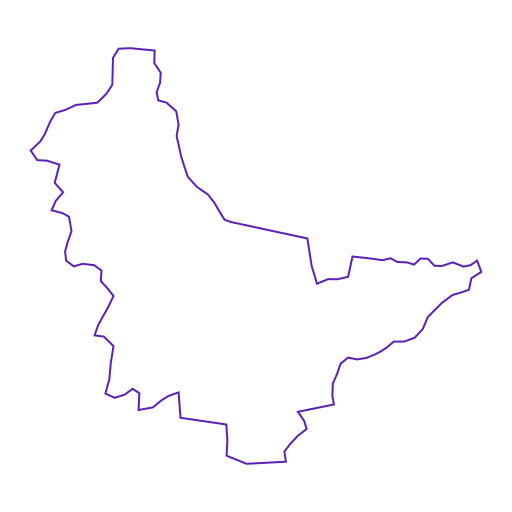 Coqueiro Baixo, Rio Grande do Sul, Brazil
{"feature_id": "56859067B73251776772186", "entity_name": "Coqueiro Baixo", "entity_type": "district", "adm_level": 2, "iso_a3": "BRA", "parent_name": "Brazil", "parent_adm1": "Rio Grande do Sul", "projection": "robinson", "projection_center": [-52.121, -29.161], "detail": "fine", "context": "isolated", "style": "outline", "palette": "violet", "viewbox_px": 512, "rotation_deg": 0, "n_neighbors": 0, "source": "geoboundaries", "source_scale": "gbopen_adm2", "svg_char_len": 1626}
<svg xmlns="http://www.w3.org/2000/svg" viewBox="0 0 512 512"><path d="M154.6,50.5L130.4,48.2L118.6,48.7L113.0,57.9L112.3,84.9L106.1,94.1L97.3,102.7L75.7,105.0L65.4,109.9L55.3,112.9L50.4,121.2L44.7,134.3L40.5,141.2L30.7,150.5L37.3,160.2L46.6,160.6L59.5,164.6L54.7,182.8L63.1,192.3L55.8,200.8L51.6,210.3L62.2,213.0L69.0,216.7L71.5,231.1L67.6,242.4L65.1,251.6L66.1,260.6L73.8,266.4L82.6,263.8L94.2,265.2L101.5,270.6L100.8,281.0L107.7,288.6L113.5,296.0L108.1,307.3L102.0,318.1L98.1,325.3L94.6,335.4L103.9,336.6L113.5,346.1L110.8,362.9L109.3,379.3L105.4,393.6L114.7,397.8L124.6,394.7L132.7,388.8L139.3,393.2L138.6,410.0L152.8,407.4L161.2,400.5L168.2,396.1L178.6,392.4L180.5,417.8L226.3,424.5L227.4,440.3L226.6,455.7L246.6,463.8L285.9,461.7L284.4,451.6L289.8,444.4L297.8,435.8L306.6,429.0L304.1,420.8L297.9,411.8L333.9,404.5L332.4,396.1L332.8,383.7L337.3,373.3L340.5,363.8L348.1,357.6L357.0,359.4L366.0,358.0L373.6,355.1L381.0,351.3L387.4,347.0L393.7,341.6L404.1,341.6L414.7,337.7L422.8,328.9L427.9,316.9L433.6,311.2L442.1,302.7L452.5,295.0L461.8,292.3L469.0,289.7L471.4,278.2L481.3,271.9L477.1,260.6L470.5,265.2L463.6,266.6L452.8,262.4L441.4,266.1L434.4,265.7L427.9,258.8L420.6,258.5L414.1,264.6L406.8,262.4L397.5,262.0L390.6,258.3L382.5,260.2L370.6,258.5L352.5,256.5L348.1,276.8L337.3,279.3L328.2,279.1L317.0,283.7L311.6,265.7L307.4,238.5L231.3,222.1L224.6,219.8L219.4,211.4L214.0,202.2L207.8,194.4L197.3,187.2L187.9,177.0L184.0,165.5L181.1,156.2L178.6,144.7L176.6,136.0L178.6,124.8L176.2,111.2L166.3,102.5L158.2,100.4L156.7,92.1L160.1,82.6L160.7,72.7L154.3,63.2L154.6,50.5Z" fill="none" stroke="#5b21b6" stroke-width="2"/></svg>